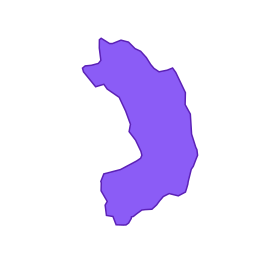 Boyo, Nord-Ouest, Cameroon (Mercator projection), rotated 320°
{"feature_id": "32672807B40523536040617", "entity_name": "Boyo", "entity_type": "district", "adm_level": 2, "iso_a3": "CMR", "parent_name": "Cameroon", "parent_adm1": "Nord-Ouest", "projection": "mercator", "projection_center": [10.331, 6.408], "detail": "fine", "context": "isolated", "style": "filled", "palette": "violet", "viewbox_px": 256, "rotation_deg": 320, "n_neighbors": 0, "source": "geoboundaries", "source_scale": "gbopen_adm2", "svg_char_len": 1040}
<svg xmlns="http://www.w3.org/2000/svg" viewBox="0 0 256 256"><g transform="rotate(320 128 128)"><path d="M153.4,199.3L159.5,195.9L163.8,193.6L166.8,189.0L167.5,186.3L172.8,173.5L184.7,157.4L186.8,146.8L194.7,137.8L200.3,116.1L200.7,110.7L195.2,108.9L187.9,104.9L186.2,99.0L186.2,93.9L187.3,85.9L187.0,77.3L184.4,71.7L183.6,62.5L179.1,56.2L170.3,53.3L168.2,51.5L165.1,42.0L162.8,42.0L157.4,48.3L150.7,58.7L146.8,59.5L140.2,56.4L135.1,52.9L131.6,52.9L130.0,56.4L129.7,75.6L137.6,79.0L137.1,84.8L141.0,98.9L140.6,100.2L137.1,113.5L132.3,126.7L126.5,131.5L126.0,142.2L122.9,154.2L121.1,157.8L118.2,159.3L113.4,158.8L95.5,155.0L80.0,147.6L72.8,151.5L72.3,152.8L67.0,158.8L64.9,170.9L60.9,172.4L55.3,181.1L59.6,186.1L58.3,189.9L56.7,194.5L62.0,199.3L64.2,201.0L67.4,201.2L72.3,199.4L73.5,198.3L75.2,199.2L79.6,199.3L85.8,199.7L88.6,201.5L94.1,205.6L100.5,205.3L105.4,204.1L111.0,203.2L117.4,204.7L122.9,212.3L130.8,214.0L133.7,212.2L137.7,209.5L139.6,207.8L149.9,200.3L153.4,199.3Z" fill="#8b5cf6" stroke="#5b21b6" stroke-width="1.5"/></g></svg>